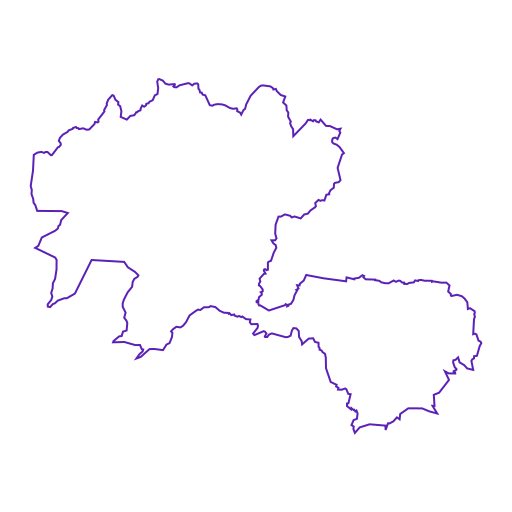 Huejúcar, Jalisco, Mexico
{"feature_id": "50627088B78900582914746", "entity_name": "Huejúcar", "entity_type": "district", "adm_level": 2, "iso_a3": "MEX", "parent_name": "Mexico", "parent_adm1": "Jalisco", "projection": "albers", "projection_center": [-103.223, 22.31], "detail": "fine", "context": "isolated", "style": "outline", "palette": "violet", "viewbox_px": 512, "rotation_deg": 0, "n_neighbors": 0, "source": "geoboundaries", "source_scale": "gbopen_adm2", "svg_char_len": 6017}
<svg xmlns="http://www.w3.org/2000/svg" viewBox="0 0 512 512"><path d="M163.0,350.1L166.5,344.6L169.6,343.0L172.0,336.9L172.4,332.8L171.1,331.4L172.9,329.3L176.3,326.8L180.5,327.4L183.1,325.7L186.1,322.1L189.5,315.5L195.8,310.9L198.0,309.6L200.3,310.0L203.9,307.3L209.0,307.2L210.6,306.1L215.4,307.1L219.7,310.8L223.9,312.7L228.0,312.9L228.7,313.8L229.5,313.2L231.2,315.1L234.2,314.5L234.6,315.6L237.5,316.7L239.0,316.0L241.4,317.1L242.4,316.5L245.9,319.1L250.4,319.5L249.8,322.2L251.3,324.2L257.4,324.0L258.0,325.8L257.5,328.0L253.1,333.5L254.4,335.1L263.6,331.2L264.9,331.6L266.4,333.5L264.8,336.5L265.1,337.0L267.2,337.0L268.9,334.7L271.8,333.4L285.7,337.2L287.8,337.0L290.6,335.7L291.9,330.6L293.4,328.1L296.3,328.4L298.7,330.9L299.1,337.0L301.7,341.2L302.1,344.4L308.7,338.6L313.1,338.3L315.0,341.9L318.5,342.8L318.6,346.9L319.6,348.0L319.6,349.7L321.6,350.5L322.6,352.2L325.0,353.8L325.8,357.6L326.0,368.2L330.7,382.0L336.6,384.8L336.1,386.5L338.4,387.8L338.0,389.6L341.7,389.7L345.2,388.5L346.3,389.2L348.3,393.9L350.6,394.2L348.4,403.3L347.0,403.5L347.0,406.1L351.1,409.4L351.4,408.1L353.5,410.0L354.2,409.7L355.4,411.5L356.5,410.6L357.6,413.6L356.9,418.8L353.6,420.1L351.5,425.1L353.7,426.5L353.4,429.0L354.9,432.9L359.7,427.4L369.6,424.3L385.4,425.6L385.6,430.0L388.0,423.3L389.4,423.5L393.3,421.4L396.9,417.4L399.6,419.3L400.2,414.0L408.3,408.3L422.2,408.4L429.4,411.4L437.2,413.5L432.5,405.8L434.5,405.9L433.8,394.8L439.1,392.7L449.0,379.9L444.9,371.3L448.7,373.4L455.2,373.5L455.1,372.6L453.6,372.2L453.7,371.1L456.2,370.0L456.5,369.1L454.7,367.1L453.1,362.4L453.4,360.3L455.6,359.8L458.1,357.4L459.6,362.4L464.3,365.2L467.1,368.4L473.2,369.9L471.4,360.9L472.3,359.3L474.0,358.4L474.1,356.2L476.9,355.8L479.7,346.1L481.3,343.1L480.6,341.7L478.5,340.6L476.4,334.4L474.9,333.7L473.2,334.2L474.0,319.2L474.9,316.8L474.2,314.2L474.8,313.1L474.6,311.2L470.0,308.2L467.9,309.0L467.3,302.2L464.5,298.5L461.8,296.2L457.0,294.8L451.5,296.0L450.9,295.6L450.8,294.0L448.2,291.6L449.5,285.4L446.3,282.6L441.5,282.7L432.9,281.3L432.0,281.8L431.8,280.8L424.4,280.7L421.1,279.9L418.5,280.2L418.1,281.0L415.1,280.4L413.8,282.4L409.2,282.9L407.1,284.0L404.2,283.9L404.2,282.6L402.3,282.6L400.1,280.8L398.6,280.6L395.9,281.8L393.7,280.5L388.6,283.3L385.1,283.2L381.3,282.3L379.3,280.8L375.1,280.2L375.2,279.6L365.7,279.3L363.4,277.3L364.1,276.0L362.4,275.2L358.9,277.8L354.4,278.5L354.3,279.3L346.6,277.4L346.1,281.3L323.6,278.3L306.2,275.0L303.7,280.6L299.9,283.7L299.6,285.4L297.1,285.2L298.5,288.5L296.4,289.8L297.2,290.3L294.5,295.3L293.4,299.9L291.0,303.8L289.0,304.4L288.4,305.8L287.2,306.3L287.4,304.9L285.6,304.2L285.2,305.1L268.9,310.5L260.3,305.4L259.2,305.5L258.4,304.2L258.3,301.8L256.7,302.2L256.5,301.2L258.6,299.6L259.0,297.2L261.8,294.7L261.7,293.1L260.8,292.2L262.7,291.3L262.7,289.5L260.2,286.1L258.9,285.4L259.0,283.7L260.3,281.6L259.6,278.6L263.9,273.9L265.5,273.6L263.8,270.6L264.1,269.5L265.0,269.1L266.7,270.2L267.9,269.7L267.9,262.7L268.5,261.8L271.0,260.8L273.8,252.5L276.3,247.9L275.7,245.1L273.4,243.4L271.5,240.3L275.1,240.3L276.5,238.4L275.2,233.7L275.6,224.7L278.5,216.6L280.9,216.6L284.9,214.4L290.2,215.8L291.7,217.4L294.6,216.5L300.7,218.4L304.2,214.5L307.9,213.6L310.4,210.5L315.1,207.2L315.9,206.2L315.2,203.1L318.5,199.9L320.3,200.8L322.3,200.2L324.4,200.5L326.4,194.7L329.2,194.3L329.0,193.3L330.5,190.2L333.8,187.7L334.0,183.9L334.8,182.9L338.8,182.1L340.5,180.1L337.6,167.9L342.0,154.6L343.9,153.1L339.5,147.0L336.7,144.7L333.7,143.6L332.4,142.5L332.0,141.0L332.7,138.5L333.8,137.9L335.5,137.6L337.5,139.1L340.3,132.6L339.3,131.0L340.5,128.7L337.0,129.3L330.1,126.1L326.0,125.9L320.6,119.6L318.7,122.4L316.0,121.3L315.6,120.3L313.8,120.2L313.0,121.3L310.4,119.7L309.8,120.9L310.1,120.2L308.0,119.9L305.6,123.5L293.3,136.2L293.1,129.2L291.1,126.1L290.1,123.1L290.8,121.6L288.1,116.7L288.3,112.5L286.7,110.3L286.4,105.5L283.1,102.5L285.3,96.5L280.7,95.0L276.8,91.1L275.8,88.9L273.4,89.5L272.9,88.1L270.4,86.4L263.1,85.4L260.8,85.7L258.7,87.2L250.6,95.8L246.2,104.4L245.1,108.8L243.5,110.1L241.2,114.6L240.1,112.6L237.2,111.2L237.3,109.2L236.6,108.3L233.2,108.8L230.1,108.1L225.1,105.3L221.9,104.4L217.6,104.1L213.8,104.8L212.6,105.7L209.8,105.2L205.3,95.3L202.6,94.6L201.7,92.6L200.1,92.5L199.4,89.7L198.5,88.9L198.2,84.3L197.2,83.4L194.3,83.7L192.2,85.4L189.4,83.4L187.9,83.2L179.6,85.3L176.6,87.3L174.3,87.2L173.4,86.5L174.9,84.8L174.6,84.1L168.6,84.6L165.5,83.7L162.8,80.6L159.3,79.1L158.2,79.3L157.2,81.7L158.2,88.0L157.5,94.0L154.8,95.4L152.7,100.2L149.6,101.7L148.4,103.3L146.3,103.8L145.9,105.5L144.1,106.7L142.2,105.5L140.7,108.4L140.5,110.3L138.1,111.2L137.1,112.3L136.3,112.2L134.3,115.2L130.4,115.9L126.8,119.6L120.7,116.9L121.4,111.3L120.2,106.2L118.1,104.6L118.4,102.1L115.4,99.7L113.7,95.7L112.3,95.1L108.2,99.7L106.7,103.5L106.9,105.1L104.1,110.1L104.4,111.5L98.2,119.5L98.5,121.7L97.7,122.4L95.1,121.9L94.5,124.0L89.2,129.5L86.5,129.7L83.2,128.3L78.9,129.1L78.4,128.2L76.7,128.0L76.0,127.0L73.1,127.9L72.8,128.8L68.6,130.4L67.6,131.9L62.9,134.6L59.9,137.9L58.8,140.9L60.6,143.1L60.8,144.8L59.3,146.8L57.9,147.3L51.9,155.1L50.9,155.2L47.5,152.0L45.5,152.0L44.2,152.9L41.3,151.9L37.4,152.6L33.8,154.8L33.0,170.6L30.7,186.1L31.8,190.0L31.5,194.1L33.2,198.9L33.6,202.8L35.3,205.1L37.2,210.9L61.7,211.1L67.8,213.0L61.2,220.1L60.1,224.7L58.5,226.0L57.8,228.6L55.2,230.7L41.8,237.5L38.3,245.9L35.2,247.9L55.1,257.5L56.6,259.8L56.5,269.6L55.1,278.8L52.9,283.2L52.6,288.5L51.2,292.9L52.3,296.5L51.3,299.9L47.7,304.3L47.8,306.6L50.1,307.1L52.8,304.1L54.9,303.3L57.8,300.6L64.1,298.3L66.9,298.2L74.9,293.6L91.6,260.0L124.2,261.9L127.9,267.3L135.0,271.9L138.4,275.3L137.6,276.8L134.3,278.9L132.7,281.9L132.1,286.8L127.6,292.4L123.8,299.8L122.7,303.4L122.7,306.8L125.6,312.6L124.2,317.7L126.4,320.6L127.3,323.0L126.6,330.5L123.0,331.6L121.7,336.0L119.1,336.4L113.6,341.0L113.1,342.3L124.4,342.0L135.3,345.1L140.0,345.0L141.8,349.2L143.2,349.5L142.6,351.5L139.6,354.0L136.4,358.5L140.6,357.0L149.5,349.1L154.4,349.0L163.0,350.1Z" fill="none" stroke="#5b21b6" stroke-width="2"/></svg>